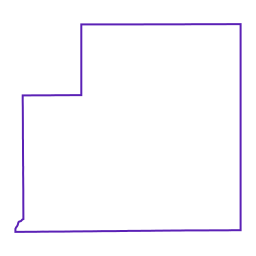 Peterborough, South Australia, Australia (Robinson projection)
{"feature_id": "25037944B63042885451223", "entity_name": "Peterborough", "entity_type": "district", "adm_level": 2, "iso_a3": "AUS", "parent_name": "Australia", "parent_adm1": "South Australia", "projection": "robinson", "projection_center": [138.942, -32.848], "detail": "fine", "context": "isolated", "style": "outline", "palette": "violet", "viewbox_px": 256, "rotation_deg": 0, "n_neighbors": 0, "source": "geoboundaries", "source_scale": "gbopen_adm2", "svg_char_len": 1997}
<svg xmlns="http://www.w3.org/2000/svg" viewBox="0 0 256 256"><path d="M240.6,230.2L240.6,196.4L240.6,177.7L240.6,145.1L240.6,144.4L240.6,130.4L240.6,128.6L240.6,111.1L240.6,106.4L240.6,85.4L240.6,73.3L240.6,48.2L240.6,43.5L240.6,32.6L240.6,32.4L240.6,28.7L240.6,24.1L236.0,24.1L231.3,24.1L224.2,24.2L221.5,24.2L218.4,24.2L213.4,24.2L209.5,24.2L203.9,24.2L198.5,24.2L194.5,24.2L184.7,24.3L180.0,24.3L175.7,24.3L167.6,24.3L164.6,24.3L159.7,24.3L153.8,24.3L147.8,24.3L141.7,24.4L135.1,24.4L129.6,24.4L127.9,24.4L125.5,24.4L115.9,24.4L110.8,24.4L106.5,24.4L97.0,24.4L92.3,24.4L86.1,24.4L81.3,24.4L81.3,31.9L81.3,48.2L81.3,85.5L81.3,95.1L73.8,95.1L67.7,95.2L67.4,95.2L56.3,95.2L51.1,95.3L45.3,95.3L39.0,95.3L34.4,95.3L29.7,95.4L22.7,95.4L22.7,97.0L22.7,101.0L22.8,107.2L22.9,124.3L22.9,134.2L22.9,138.8L23.0,140.3L23.0,146.1L23.0,148.6L23.0,151.2L23.1,166.3L23.2,166.6L23.1,173.3L23.2,178.3L23.2,181.7L23.3,190.3L23.3,193.6L23.3,194.8L23.3,197.1L23.3,201.7L23.4,219.1L22.4,219.5L20.9,221.1L19.1,221.6L18.5,222.2L18.4,222.4L17.9,224.3L17.6,225.2L17.5,225.3L17.1,226.2L16.1,227.4L15.4,228.9L15.4,231.9L20.0,231.9L26.9,231.8L33.9,231.8L35.2,231.8L35.3,231.8L40.3,231.7L42.5,231.7L42.8,231.6L43.0,231.6L43.3,231.6L43.7,231.7L43.8,231.7L44.0,231.7L44.6,231.7L45.0,231.7L45.3,231.7L45.5,231.7L45.9,231.7L46.0,231.7L46.3,231.7L46.5,231.7L46.9,231.7L47.2,231.7L47.6,231.7L48.2,231.7L48.3,231.7L48.7,231.6L48.8,231.6L49.1,231.6L55.7,231.6L55.8,231.6L62.1,231.6L69.3,231.5L70.1,231.5L74.0,231.4L78.2,231.4L81.1,231.4L81.5,231.4L85.5,231.3L92.7,231.3L99.4,231.2L99.9,231.2L100.2,231.2L100.7,231.2L101.1,231.1L101.3,231.1L101.7,231.2L102.0,231.1L111.0,231.1L116.4,231.1L121.4,231.0L126.4,231.0L128.1,230.9L132.1,230.9L137.8,230.9L142.3,230.8L149.1,230.8L155.1,230.7L159.1,230.7L164.4,230.6L167.9,230.6L175.6,230.5L181.4,230.5L186.4,230.4L190.3,230.4L196.6,230.4L201.7,230.4L207.9,230.4L211.7,230.3L218.5,230.3L224.1,230.3L228.7,230.3L232.3,230.2L240.6,230.2Z" fill="none" stroke="#5b21b6" stroke-width="2"/></svg>